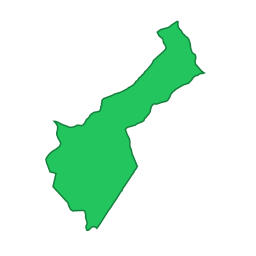 Teculután, Zacapa, Guatemala (Natural Earth projection), rotated 251°
{"feature_id": "79465075B78410714598363", "entity_name": "Teculután", "entity_type": "district", "adm_level": 2, "iso_a3": "GTM", "parent_name": "Guatemala", "parent_adm1": "Zacapa", "projection": "natural_earth1", "projection_center": [-89.766, 15.065], "detail": "fine", "context": "isolated", "style": "filled", "palette": "green", "viewbox_px": 256, "rotation_deg": 251, "n_neighbors": 0, "source": "geoboundaries", "source_scale": "gbopen_adm2", "svg_char_len": 2613}
<svg xmlns="http://www.w3.org/2000/svg" viewBox="0 0 256 256"><g transform="rotate(251 128 128)"><path d="M209.1,186.8L207.1,187.1L205.7,187.3L205.2,187.4L204.4,187.7L203.8,188.1L203.3,188.4L201.9,189.4L201.0,189.8L200.3,189.8L199.7,189.8L199.1,189.7L198.6,189.6L198.2,189.5L197.6,189.4L196.7,189.4L196.0,189.5L195.6,189.9L191.7,190.3L190.2,189.1L188.9,186.7L183.5,174.0L181.9,172.7L180.2,170.5L176.4,164.2L175.9,162.6L173.7,159.7L173.6,158.8L172.3,156.8L171.8,154.9L169.6,152.0L169.4,150.5L168.9,150.2L167.1,147.3L166.0,143.0L166.0,141.8L165.2,139.9L164.2,133.0L164.4,125.9L164.0,124.7L163.7,114.5L162.6,112.4L161.2,112.0L159.9,111.0L158.5,110.7L156.8,109.1L155.5,108.7L153.3,106.9L153.2,104.7L153.8,101.4L153.3,98.4L152.3,96.2L150.5,94.4L149.7,91.7L146.9,88.8L145.4,86.4L145.4,84.6L146.7,82.4L147.2,80.4L147.0,79.1L146.6,78.3L147.0,74.9L147.9,72.5L148.6,71.9L153.3,66.3L156.2,63.6L157.6,62.0L158.3,60.4L154.9,61.7L152.2,62.0L149.2,60.7L146.7,59.1L144.8,58.5L141.4,58.6L136.3,59.5L134.8,59.1L133.4,57.8L132.5,56.4L131.2,52.3L130.5,48.8L128.9,45.0L126.5,41.5L124.9,40.1L123.8,40.0L122.0,39.8L117.4,39.9L112.0,40.0L109.7,43.4L108.4,45.1L99.3,39.5L96.9,38.0L86.9,42.4L78.5,46.0L77.7,46.8L73.1,46.7L69.2,47.4L67.3,49.2L67.2,51.0L66.3,52.8L66.3,53.7L65.2,56.8L65.1,57.7L64.8,58.5L63.5,60.1L59.7,59.7L56.8,58.7L52.3,58.6L50.4,57.9L49.2,56.7L48.0,56.0L45.1,55.7L44.4,56.5L44.4,58.1L44.9,58.4L45.0,59.3L46.0,60.9L46.1,61.8L46.0,63.4L45.1,64.7L44.7,65.2L43.3,65.9L46.7,70.6L56.1,82.3L58.1,85.3L62.9,91.3L63.4,92.3L64.3,93.1L64.8,94.0L70.1,100.5L70.9,102.3L71.8,102.5L79.4,112.6L82.5,116.5L83.9,118.7L85.5,120.3L87.1,122.7L88.7,124.3L102.4,123.5L106.4,124.0L110.1,123.8L114.5,125.3L117.3,125.8L121.9,125.1L126.7,125.0L127.7,125.3L128.6,126.9L128.8,128.2L128.4,135.6L129.1,138.5L129.3,143.2L129.8,145.3L131.8,147.1L131.9,148.2L133.6,150.5L133.8,151.3L134.5,151.6L134.7,152.5L135.5,153.5L136.9,154.8L138.4,155.3L139.1,156.1L139.9,156.3L142.1,158.9L142.3,160.7L141.3,162.8L141.3,168.5L140.8,172.7L141.3,174.7L143.8,177.7L145.9,179.4L146.9,181.0L148.0,183.2L148.3,184.5L148.9,185.4L150.0,190.4L150.7,194.6L150.7,200.3L151.1,200.6L152.4,203.4L154.5,206.2L155.4,208.6L155.1,211.1L155.8,212.9L155.7,215.6L155.3,216.0L155.3,218.0L157.6,216.2L166.5,212.6L170.0,213.3L171.7,214.7L174.1,215.4L175.5,215.3L178.4,213.2L183.2,213.2L187.0,214.2L191.8,214.3L193.9,213.8L196.2,212.1L197.4,211.8L198.9,210.7L203.6,209.7L204.2,209.1L205.0,208.9L206.9,208.4L210.4,209.0L211.6,209.8L212.7,209.6L212.7,208.7L211.2,202.9L210.1,199.9L209.9,197.8L210.4,191.7L210.1,189.9L209.1,186.8Z" fill="#22c55e" stroke="#15803d" stroke-width="1.5"/></g></svg>